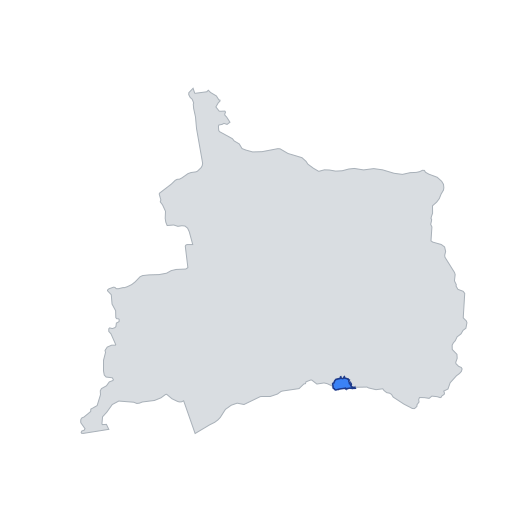 Rutshuru, Nord-Kivu, Democratic Republic of the Congo shown in context, rotated 81°
{"feature_id": "63176286B25642850349509", "entity_name": "Rutshuru", "entity_type": "district", "adm_level": 2, "iso_a3": "COD", "parent_name": "Democratic Republic of the Congo", "parent_adm1": "Nord-Kivu", "projection": "natural_earth1", "projection_center": [29.515, -0.961], "detail": "fine", "context": "in_parent", "style": "filled", "palette": "blue", "viewbox_px": 512, "rotation_deg": 81, "n_neighbors": 0, "source": "geoboundaries", "source_scale": "gbopen_adm2", "svg_char_len": 6674}
<svg xmlns="http://www.w3.org/2000/svg" viewBox="0 0 512 512"><g transform="rotate(81 256 256)"><path d="M421.8,343.9L387.7,350.1L388.4,352.4L388.1,354.7L387.2,356.5L383.8,361.4L378.6,365.9L378.6,367.0L381.2,372.0L382.8,378.9L382.4,391.0L383.1,394.2L383.0,396.8L381.3,399.6L377.8,414.2L380.2,421.2L386.9,427.8L390.8,432.7L397.5,434.4L398.5,434.2L398.9,430.1L404.2,428.5L404.2,454.5L403.8,456.0L402.9,456.3L401.6,455.4L401.2,453.0L399.8,451.9L393.3,455.1L391.7,455.0L389.9,454.5L388.6,453.2L388.2,451.2L383.7,443.6L381.4,443.1L378.9,436.3L368.7,431.3L364.8,430.9L362.8,429.4L360.8,424.0L357.4,420.6L356.6,416.8L355.9,416.2L353.8,417.0L352.1,423.0L349.8,424.5L345.6,424.6L335.1,422.9L327.7,419.7L325.7,419.9L322.7,417.2L321.5,412.5L322.1,408.9L321.6,408.4L310.2,411.4L307.5,413.2L304.9,412.8L304.1,411.8L305.2,409.3L304.7,406.6L303.8,405.4L300.4,404.4L299.4,401.5L297.3,401.1L296.6,401.5L296.1,403.5L294.9,404.1L288.1,403.2L281.0,405.7L271.6,405.0L267.1,408.1L266.4,408.0L265.4,406.4L264.5,401.5L265.0,400.2L266.4,399.2L266.8,397.2L266.4,392.2L266.7,390.9L266.2,388.0L264.8,383.3L262.7,379.5L258.4,373.8L257.6,371.1L257.9,364.7L259.2,354.6L259.0,347.0L257.2,342.1L256.8,336.9L257.9,327.4L256.8,325.1L235.2,324.3L234.3,323.6L233.9,322.3L234.8,316.7L221.7,318.1L217.8,319.2L215.3,321.5L214.5,324.4L214.5,328.5L212.5,332.4L212.0,339.0L208.4,339.8L204.7,339.8L197.7,338.4L190.9,340.3L187.5,342.1L185.8,341.2L179.6,341.9L178.8,341.4L171.7,328.3L168.6,323.9L167.9,321.8L168.2,319.7L167.3,317.0L164.0,310.3L163.4,307.1L163.5,302.2L163.1,300.6L160.1,296.3L158.2,294.9L156.0,294.2L120.8,294.8L109.1,294.0L100.6,294.5L96.2,294.2L95.1,293.6L91.2,294.5L89.1,296.2L86.1,297.2L84.2,296.8L80.5,291.9L85.5,291.1L85.8,290.6L86.1,278.9L84.8,277.2L87.4,275.3L91.7,270.1L95.9,268.3L96.4,267.2L97.3,267.3L98.9,269.4L102.5,272.3L107.0,269.8L107.4,269.1L108.0,264.1L109.1,263.6L111.0,264.7L112.1,264.7L114.1,263.3L119.8,260.8L121.5,264.0L120.0,266.9L120.7,268.9L120.8,272.1L121.8,272.8L126.3,273.2L127.6,272.4L136.5,260.9L138.9,259.6L142.7,255.0L147.7,253.0L149.8,249.4L152.7,243.0L153.9,233.7L153.4,217.7L153.9,215.5L159.8,208.3L166.1,195.2L170.3,191.8L173.4,190.4L178.3,185.6L182.2,180.8L181.6,175.0L182.5,170.2L184.6,164.1L185.3,157.6L184.6,150.8L184.9,145.2L187.8,136.3L188.1,126.1L190.7,117.5L195.9,106.7L198.3,98.6L197.8,90.6L198.5,84.7L198.3,81.2L197.4,78.2L197.8,76.3L199.8,75.5L202.2,72.5L206.6,64.7L211.3,60.9L214.6,59.6L218.0,59.8L220.2,60.5L223.8,63.5L228.0,66.0L231.0,69.1L234.0,73.8L241.4,74.9L244.5,76.6L246.4,77.3L247.1,76.8L248.6,77.1L252.1,78.5L254.8,77.7L268.4,80.8L269.9,79.3L273.7,71.1L276.6,68.3L281.2,68.0L284.8,69.5L286.7,69.6L303.4,62.5L305.5,62.2L311.6,63.9L315.5,62.7L317.1,63.1L320.5,61.8L323.3,56.9L325.6,55.7L349.5,61.0L353.1,58.4L354.9,58.1L360.2,60.0L361.8,63.1L365.0,65.7L367.3,70.0L370.8,72.4L372.6,74.6L374.7,76.2L379.0,76.8L384.6,72.9L388.5,73.3L392.4,75.4L393.7,75.3L396.7,73.1L398.2,70.7L399.8,70.1L402.1,71.2L403.9,73.4L405.6,76.7L411.6,84.1L417.4,87.2L418.8,91.7L420.9,91.3L422.0,91.7L423.5,94.6L424.5,95.2L424.7,96.3L423.3,99.0L421.9,104.2L423.7,107.3L422.2,111.9L421.4,116.7L423.3,117.8L425.7,117.8L428.0,120.2L429.7,120.6L431.5,123.3L431.1,125.4L425.4,133.1L416.8,142.6L413.9,143.8L412.4,145.5L411.4,148.3L408.9,150.6L407.0,151.6L406.8,158.4L403.9,165.5L402.8,166.9L401.2,178.5L401.5,180.5L399.9,189.9L400.2,198.7L396.1,201.4L393.2,205.7L392.0,208.7L392.0,215.9L387.3,220.3L387.0,221.2L388.1,226.3L389.8,227.1L389.9,228.8L393.7,234.2L393.5,250.8L393.7,252.5L395.7,256.4L397.0,264.0L395.5,273.6L400.8,291.1L398.4,297.6L399.5,303.8L402.7,310.2L409.9,316.6L411.9,319.2L413.8,322.8L415.5,328.2L421.8,343.9Z" fill="#d9dde1" stroke="#a8b0b8" stroke-width="1"/><path d="M390.8,186.6L390.8,186.9L390.8,187.0L390.7,187.3L390.3,187.4L390.1,187.4L390.0,187.5L389.8,187.5L389.7,187.5L389.4,187.5L389.2,187.5L388.9,187.6L389.0,187.8L389.3,187.9L389.5,188.1L389.8,188.3L390.1,188.3L390.3,188.5L390.4,188.8L390.6,189.1L390.7,189.4L390.6,189.6L390.5,190.0L390.4,190.2L390.3,190.5L390.2,190.7L389.8,191.0L389.7,191.1L389.3,191.0L389.1,191.0L388.9,191.0L388.5,191.1L388.6,191.4L388.7,191.5L388.9,191.5L389.0,191.6L389.3,191.6L389.5,191.6L389.7,191.9L389.7,192.0L389.8,192.1L389.9,192.3L390.1,192.2L390.1,192.4L390.0,192.5L390.2,192.8L390.3,193.1L390.3,193.3L390.3,193.5L390.2,193.6L390.3,193.7L390.2,194.0L390.1,194.3L390.1,194.5L390.3,194.9L390.4,195.0L390.5,195.2L390.4,195.6L390.3,195.9L390.2,196.0L390.3,196.3L390.5,196.5L391.0,197.0L391.2,197.5L391.3,197.6L391.6,197.7L391.9,198.0L392.1,198.2L393.5,198.8L393.6,199.7L394.3,200.4L394.5,200.4L395.3,200.3L396.9,200.3L397.8,200.4L398.1,200.5L398.5,200.5L399.0,199.9L399.2,199.5L399.3,199.4L399.8,199.4L400.2,198.9L400.4,198.8L400.6,198.8L400.7,198.7L400.8,198.2L400.8,197.6L400.7,197.0L400.6,196.3L400.6,196.1L400.8,195.6L400.7,195.2L400.4,194.9L400.4,194.6L400.5,194.3L400.5,193.8L400.5,193.5L400.4,193.3L400.4,193.0L400.4,192.6L400.5,192.4L400.5,191.7L400.5,191.2L400.5,190.5L400.5,190.1L400.6,189.9L400.6,189.7L400.6,189.3L400.5,189.0L400.5,188.9L400.4,188.5L400.5,188.3L400.9,188.3L401.2,188.3L401.2,188.2L401.3,188.1L401.2,188.1L401.2,187.9L401.2,187.7L401.1,187.4L401.2,187.1L401.3,187.0L401.3,186.9L401.4,186.7L401.2,186.2L401.3,186.1L401.2,186.0L401.1,185.9L401.2,185.7L401.2,185.4L401.2,185.2L401.2,184.9L401.2,184.7L401.2,184.8L401.2,184.7L401.1,184.4L401.1,184.2L401.2,183.9L401.2,183.7L401.3,183.6L401.3,183.4L401.4,183.2L401.5,183.1L401.5,182.8L401.7,182.4L401.6,181.8L401.8,181.7L402.1,181.1L402.0,180.9L401.9,180.9L401.8,180.7L401.9,180.4L401.9,180.2L401.9,179.9L402.1,179.6L402.2,178.9L402.2,178.6L401.9,178.7L401.7,178.8L401.6,179.0L401.4,179.0L401.5,179.1L401.5,179.3L401.4,179.4L401.2,179.6L401.1,179.8L400.9,180.3L400.9,180.5L400.9,180.4L400.9,180.5L400.6,181.1L400.6,181.3L400.4,181.5L400.2,181.7L400.1,182.0L399.9,182.3L399.7,182.3L399.4,182.3L399.1,182.2L399.3,182.3L399.1,182.5L398.8,182.7L398.7,182.8L398.4,182.8L398.4,182.7L398.4,182.4L398.2,182.4L398.3,182.3L398.3,182.2L398.2,182.2L397.9,182.0L398.0,182.0L397.9,181.9L397.7,181.9L397.7,182.0L397.5,182.3L397.5,182.5L397.4,182.9L397.3,183.0L397.2,183.0L397.1,183.3L397.0,183.5L396.9,183.6L396.9,183.8L396.9,183.7L396.7,183.5L396.5,183.9L396.4,183.9L396.4,184.0L396.3,183.8L396.3,183.7L396.3,183.8L396.3,183.7L396.4,183.3L396.5,183.2L396.4,183.2L396.5,183.0L396.3,183.0L396.2,183.1L395.9,182.9L395.6,182.8L395.7,183.2L395.6,183.3L395.2,183.6L394.9,183.9L394.0,184.0L393.8,183.8L393.5,183.6L393.2,183.3L393.1,183.2L393.0,183.3L393.0,183.6L392.6,183.9L392.5,184.1L392.3,184.3L391.9,184.2L391.8,184.6L391.7,184.7L391.8,184.9L391.4,185.4L391.2,185.6L391.1,186.0L390.9,186.3L390.8,186.6Z" fill="#3b82f6" stroke="#1e3a8a" stroke-width="1.5"/></g></svg>